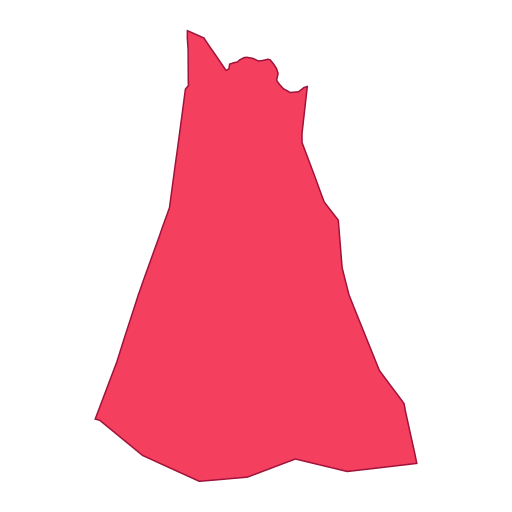 Mashr'ah Wa Hadnan, Ta`izz, Yemen
{"feature_id": "15242507B63057438613217", "entity_name": "Mashr'ah Wa Hadnan", "entity_type": "district", "adm_level": 2, "iso_a3": "YEM", "parent_name": "Yemen", "parent_adm1": "Ta`izz", "projection": "orthographic", "projection_center": [43.997, 13.541], "detail": "fine", "context": "isolated", "style": "filled", "palette": "rose", "viewbox_px": 512, "rotation_deg": 0, "n_neighbors": 0, "source": "geoboundaries", "source_scale": "gbopen_adm2", "svg_char_len": 1435}
<svg xmlns="http://www.w3.org/2000/svg" viewBox="0 0 512 512"><path d="M307.3,86.5L303.8,87.6L302.3,88.9L298.5,91.8L290.1,92.5L288.8,91.7L283.4,88.7L282.2,87.4L281.6,86.8L279.4,84.3L277.1,81.2L276.7,79.5L278.1,73.6L276.5,68.5L273.3,63.6L273.0,63.3L272.1,62.2L270.2,59.9L269.4,59.7L268.1,59.2L266.3,59.7L261.5,60.7L258.9,60.9L258.2,60.9L253.0,58.4L246.9,57.3L244.1,57.6L239.7,59.9L237.3,62.0L236.3,62.2L233.1,62.9L231.9,63.4L229.8,64.0L229.4,65.4L229.0,68.7L227.1,69.9L226.0,70.3L225.6,69.8L216.7,56.7L209.5,46.4L204.8,39.4L204.2,38.1L203.4,37.8L193.0,33.1L187.4,30.7L187.3,37.7L188.1,49.3L188.3,83.1L188.5,85.4L185.4,89.2L181.6,118.0L180.3,127.6L179.1,136.6L177.7,147.1L176.9,153.0L175.5,162.9L170.1,203.0L169.8,205.2L169.7,206.1L169.5,207.6L169.0,209.0L168.0,211.8L167.3,213.9L165.8,217.9L162.2,227.8L159.7,235.2L153.5,252.3L152.3,255.7L143.1,281.2L139.8,290.8L139.0,292.9L138.4,294.6L135.6,303.4L124.7,336.9L116.8,362.0L110.5,378.6L95.2,419.1L99.6,420.2L127.4,443.0L142.5,455.4L145.1,456.6L177.7,471.5L198.2,480.8L199.1,481.3L216.1,479.9L247.5,477.1L295.3,459.0L347.2,471.5L387.0,466.9L416.8,463.4L415.0,454.5L410.3,433.2L409.5,429.7L405.0,409.2L405.0,408.4L404.0,403.5L397.5,394.7L393.1,388.9L388.3,382.5L379.4,370.5L354.2,308.0L349.0,294.9L344.7,278.0L342.1,267.5L338.3,220.2L324.2,202.0L320.6,192.4L315.4,178.1L309.7,162.9L302.2,143.0L302.0,142.2L302.0,133.6L307.3,86.5Z" fill="#f43f5e" stroke="#9f1239" stroke-width="1.5"/></svg>